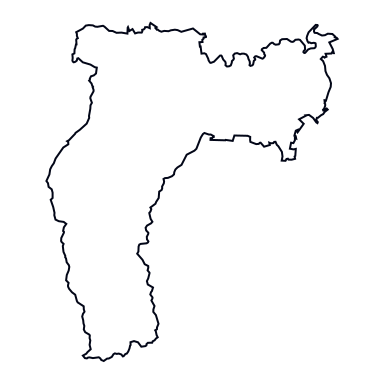 Balauseri, Mures, Romania
{"feature_id": "2599482B21102131341719", "entity_name": "Balauseri", "entity_type": "district", "adm_level": 2, "iso_a3": "ROU", "parent_name": "Romania", "parent_adm1": "Mures", "projection": "robinson", "projection_center": [24.697, 46.348], "detail": "fine", "context": "isolated", "style": "outline", "palette": "ink", "viewbox_px": 384, "rotation_deg": 0, "n_neighbors": 0, "source": "geoboundaries", "source_scale": "gbopen_adm2", "svg_char_len": 5776}
<svg xmlns="http://www.w3.org/2000/svg" viewBox="0 0 384 384"><path d="M122.8,356.4L123.6,356.2L125.4,354.0L126.8,353.6L128.2,351.6L129.5,348.4L130.1,345.6L130.6,345.0L130.5,342.2L134.0,341.1L138.0,342.3L141.3,346.7L145.4,346.1L146.4,345.4L146.5,344.1L147.9,342.8L152.2,342.7L152.7,341.3L154.6,340.3L156.0,338.5L157.7,337.3L156.6,335.1L155.8,331.3L155.2,330.3L156.9,329.3L157.0,327.4L158.5,323.8L155.9,315.1L153.3,311.9L153.4,309.4L154.5,306.0L151.4,300.5L152.4,298.6L152.5,297.4L150.3,294.5L151.0,292.2L151.9,291.1L153.0,287.5L147.8,284.5L146.9,281.1L148.2,278.5L149.5,273.3L149.5,272.7L147.6,270.4L148.3,267.7L148.2,266.0L144.7,264.2L142.5,259.8L137.2,253.7L138.4,251.6L138.6,246.5L139.3,244.6L140.7,243.9L146.6,243.3L148.0,242.4L148.4,241.4L147.0,239.4L146.8,236.8L148.3,233.8L148.3,232.7L146.2,230.5L145.6,227.8L147.0,225.6L151.1,223.3L152.4,221.8L150.6,218.8L149.4,213.6L149.3,212.9L150.5,211.5L151.3,209.1L150.4,207.5L155.5,203.7L156.1,202.0L158.7,198.0L159.2,191.6L161.6,190.0L162.2,188.4L162.1,186.5L163.8,183.4L164.1,181.4L163.5,179.0L165.0,178.1L167.9,177.9L172.0,176.2L174.0,174.4L174.3,172.1L175.4,169.5L177.5,167.4L181.5,164.9L186.7,154.7L194.4,150.7L196.4,148.8L200.8,137.5L202.9,134.1L204.4,133.0L208.8,134.5L210.7,134.5L213.8,136.2L213.7,137.0L213.0,137.0L212.2,138.1L210.6,138.2L210.5,139.9L225.3,140.3L225.6,139.9L232.7,140.9L234.4,135.5L247.6,135.8L250.2,136.9L250.1,140.0L250.4,141.9L256.2,144.1L258.7,143.9L259.8,142.8L260.6,142.7L264.1,146.7L269.8,145.0L269.3,142.7L270.8,143.3L273.4,143.1L274.2,141.9L275.5,141.8L276.8,144.8L278.4,146.3L281.9,151.9L282.5,156.5L281.7,160.6L285.5,160.8L286.5,159.0L287.9,158.7L288.5,159.6L291.6,159.7L295.1,158.8L294.6,156.5L295.3,155.9L295.8,148.9L293.5,149.4L289.9,148.7L291.1,142.7L293.4,143.1L294.9,140.3L294.9,138.1L296.2,138.6L295.7,136.1L294.9,135.4L294.5,136.6L294.4,135.6L295.8,130.7L297.1,130.1L296.8,130.8L297.6,132.3L303.7,123.8L299.1,119.3L306.1,115.6L305.8,115.3L309.0,114.9L313.1,117.9L316.3,122.4L317.4,123.1L317.8,122.1L316.8,120.9L316.4,119.2L316.9,117.8L317.9,117.8L321.1,115.2L323.2,114.1L324.7,111.9L327.7,109.6L326.7,108.5L325.5,109.1L324.4,110.5L323.3,110.5L323.0,109.8L324.2,108.5L325.2,105.7L325.2,104.0L324.5,103.1L325.2,101.8L324.5,101.1L324.5,100.2L326.0,100.5L328.5,92.2L330.7,86.9L331.0,83.2L329.4,78.3L327.0,74.9L325.5,71.2L325.0,65.9L323.5,62.1L323.1,61.1L320.8,59.0L322.8,56.7L324.1,57.0L324.5,57.6L326.5,56.7L325.6,53.8L331.5,53.5L332.5,51.6L333.5,53.1L333.8,53.1L332.7,49.0L329.3,42.4L337.6,38.9L336.7,37.8L334.8,37.3L335.1,36.5L332.4,34.0L327.8,33.7L324.9,35.2L322.0,35.5L318.3,33.8L317.5,33.1L314.6,32.8L314.0,31.6L314.1,29.5L317.3,26.5L317.7,25.3L317.4,25.0L315.7,24.9L308.6,32.3L307.1,36.0L306.6,38.2L307.5,41.2L308.5,42.7L309.6,42.4L311.2,43.2L313.8,42.8L315.2,43.1L315.6,43.4L315.8,46.3L315.3,47.5L314.3,48.2L310.8,48.4L308.2,49.4L305.2,52.8L304.3,53.0L303.4,52.1L303.6,51.2L305.1,49.5L304.8,45.6L300.0,39.9L298.5,39.5L295.4,39.8L293.5,41.6L292.2,41.9L290.9,41.6L287.0,39.0L282.1,39.2L280.1,40.5L279.7,43.1L278.8,44.3L275.7,44.7L274.2,44.1L272.8,42.8L271.9,42.7L270.2,43.6L266.4,47.8L263.6,48.0L261.9,49.2L261.7,50.1L264.1,52.6L264.3,54.3L265.1,55.3L264.9,56.3L263.3,58.3L262.4,58.7L256.5,56.2L255.3,56.3L254.2,57.5L255.2,59.0L255.2,59.7L253.9,60.7L253.1,64.5L252.2,65.4L250.4,65.9L249.5,65.1L249.9,63.6L249.7,61.4L248.5,59.0L247.9,56.6L246.4,54.5L244.1,53.7L241.7,53.7L240.1,54.3L237.1,53.1L234.7,53.6L233.2,55.3L233.9,58.7L233.3,59.8L231.9,61.1L231.8,62.6L230.8,65.4L229.1,66.3L227.0,66.5L225.5,65.3L225.7,63.2L225.3,61.8L223.2,59.5L221.7,56.0L221.1,55.5L220.0,55.6L214.0,61.7L210.8,62.9L210.0,62.6L208.6,60.4L208.2,58.7L206.0,54.1L204.4,53.3L201.5,53.6L200.6,46.5L199.9,46.6L199.4,42.2L202.5,42.0L202.3,39.8L203.6,38.6L203.6,37.5L205.9,37.1L206.0,36.3L205.4,35.8L204.9,33.6L203.1,33.7L203.2,34.5L200.2,34.3L193.0,28.5L181.3,31.8L177.6,30.1L174.9,29.7L170.9,30.3L168.5,31.2L164.2,30.9L161.4,31.7L159.2,30.8L157.5,29.4L156.9,29.7L155.4,28.0L156.6,27.1L150.5,23.0L149.6,25.2L149.8,28.2L147.3,27.1L145.1,27.2L144.7,28.5L143.6,29.5L142.2,29.8L142.3,31.5L141.7,32.6L138.1,32.5L135.1,33.4L132.5,29.1L129.4,31.0L128.0,27.1L127.7,27.6L127.4,33.6L121.5,32.6L116.5,32.8L112.6,31.0L109.1,30.9L104.4,26.6L103.0,25.8L97.4,26.8L95.2,26.6L92.9,25.4L88.8,25.1L85.8,25.6L82.9,28.6L76.2,32.2L76.9,33.9L76.9,35.9L77.8,38.2L76.8,38.7L76.2,39.8L76.5,44.3L76.0,44.3L75.1,48.4L74.6,49.2L74.4,53.4L72.4,54.4L72.7,58.0L72.4,60.5L72.8,61.6L73.8,62.3L75.3,61.8L76.8,60.6L77.3,58.5L78.3,58.2L82.8,62.3L90.5,64.6L94.8,67.2L96.8,67.6L96.0,73.5L93.8,75.4L91.0,76.3L89.8,78.7L89.9,79.8L89.1,80.6L91.6,83.6L92.0,85.1L93.0,86.8L92.6,87.1L93.6,90.0L93.5,91.4L90.5,96.8L90.3,98.3L91.9,102.8L90.5,105.3L90.3,108.8L89.0,116.0L89.2,117.9L86.7,123.6L79.7,129.9L75.5,132.9L75.1,133.8L69.0,140.2L67.2,141.2L68.2,141.9L68.3,144.3L63.3,147.5L55.6,158.5L53.8,163.3L51.8,166.1L50.2,169.3L49.4,174.5L46.4,181.0L48.0,183.2L48.6,186.9L51.7,189.3L52.6,192.6L52.6,198.0L50.7,199.8L53.2,207.0L54.5,212.8L54.3,215.2L55.5,219.6L58.8,221.2L63.7,221.9L66.3,223.9L63.9,227.3L63.1,231.0L63.9,231.7L63.9,232.7L61.3,238.0L61.1,241.0L61.6,242.0L63.6,243.9L62.8,246.0L63.5,251.9L65.3,255.9L65.2,257.3L66.0,258.4L66.7,262.3L68.8,265.1L69.3,266.9L68.7,270.5L66.8,275.0L66.1,280.3L68.6,282.9L68.0,285.2L68.1,286.7L69.1,288.8L72.0,292.3L75.2,294.7L76.9,301.0L77.7,302.4L83.7,306.3L83.8,309.3L84.5,311.7L83.0,313.8L82.2,316.5L83.2,320.3L83.5,323.4L84.3,325.9L83.8,329.5L85.2,332.2L89.3,334.6L89.8,335.4L89.6,338.1L90.3,340.4L89.6,344.9L90.7,349.2L87.5,352.1L86.3,353.7L82.9,355.6L84.9,358.1L86.9,358.4L88.0,357.6L89.5,357.4L92.9,358.1L98.8,357.3L100.3,358.4L101.3,360.0L103.7,361.0L107.1,358.6L108.8,358.5L111.8,356.9L113.5,354.2L114.9,353.4L116.7,353.9L118.8,353.6L121.4,354.5L122.8,356.4Z" fill="none" stroke="#020617" stroke-width="2"/></svg>